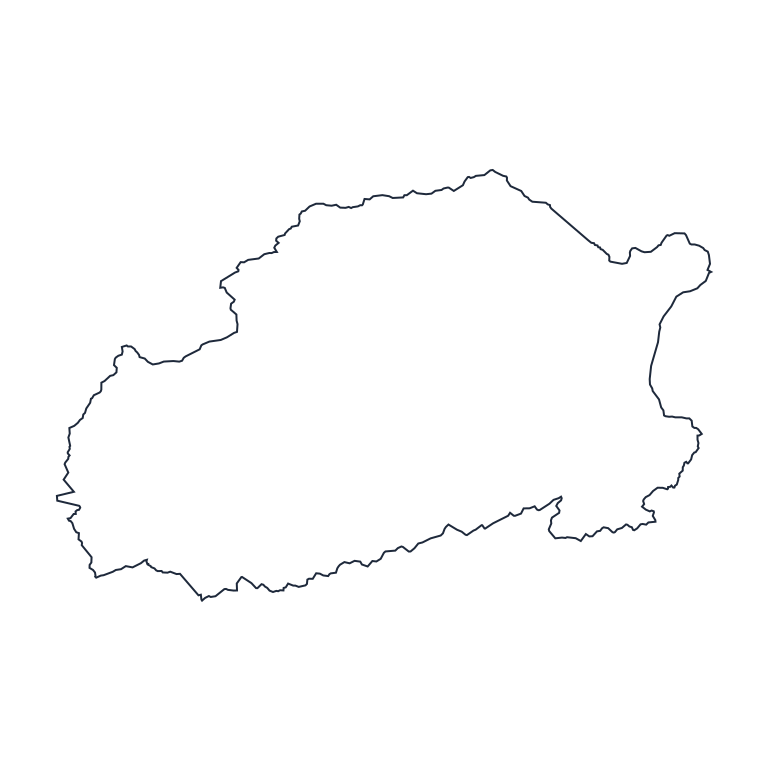 KBang, Gia Lai, Vietnam (Albers equal-area conic projection), rotated 88°
{"feature_id": "81297802B35293124334630", "entity_name": "KBang", "entity_type": "district", "adm_level": 2, "iso_a3": "VNM", "parent_name": "Vietnam", "parent_adm1": "Gia Lai", "projection": "albers", "projection_center": [108.483, 14.301], "detail": "fine", "context": "isolated", "style": "outline", "palette": "slate", "viewbox_px": 768, "rotation_deg": 88, "n_neighbors": 0, "source": "geoboundaries", "source_scale": "gbopen_adm2", "svg_char_len": 6104}
<svg xmlns="http://www.w3.org/2000/svg" viewBox="0 0 768 768"><g transform="rotate(88 384 384)"><path d="M594.1,573.4L591.5,570.2L589.8,566.4L590.8,564.6L590.2,559.8L583.4,550.7L583.3,549.0L584.3,547.1L585.2,541.4L585.2,538.1L578.2,538.1L572.0,533.3L571.9,532.6L578.4,523.4L583.5,519.0L583.6,517.6L579.8,513.4L580.4,511.6L582.3,510.0L583.7,507.8L586.5,505.6L588.0,502.2L587.0,498.8L587.4,497.0L586.5,495.1L586.8,491.7L584.3,491.4L583.8,489.3L580.1,486.8L582.3,481.8L582.4,479.6L583.8,476.3L582.5,469.5L581.1,468.0L576.8,467.4L576.0,465.8L576.2,462.0L570.8,458.4L571.3,454.7L573.2,451.4L574.0,446.5L572.1,445.1L571.4,443.8L570.9,438.6L566.6,437.1L564.7,435.8L563.1,434.3L560.6,429.8L562.0,424.6L559.7,419.6L560.7,413.9L563.6,412.4L565.8,406.7L560.5,401.8L561.1,397.8L558.6,393.4L552.7,390.0L551.4,388.4L550.9,378.5L548.5,375.9L547.0,372.3L547.5,370.8L552.3,365.1L552.3,363.3L549.2,359.3L544.6,355.3L543.7,351.1L539.9,342.8L537.4,332.6L535.3,330.3L530.9,328.5L529.0,327.1L526.7,324.5L532.2,316.1L534.3,311.5L537.5,307.8L537.9,306.4L533.6,299.7L532.8,297.5L528.5,291.4L528.6,290.7L531.9,288.6L532.0,287.9L527.0,279.8L520.0,264.5L517.1,262.5L520.2,258.9L520.3,257.6L518.3,251.6L513.2,248.8L513.3,242.8L511.5,237.7L514.8,235.5L515.5,234.1L515.4,232.8L509.4,222.8L505.7,218.6L504.2,213.4L502.8,211.0L504.3,210.4L506.5,211.1L509.1,214.5L511.9,216.1L516.5,213.0L518.9,213.5L523.4,220.8L526.1,221.9L529.3,221.7L535.0,224.4L536.8,224.0L544.2,218.2L543.7,211.5L544.2,208.0L543.5,206.4L544.8,197.8L547.8,192.8L541.0,187.5L543.5,184.1L543.4,180.9L538.7,176.3L538.3,173.1L535.8,171.1L534.9,169.5L535.9,165.0L540.1,160.8L540.5,159.5L540.1,158.4L537.4,156.0L536.2,151.3L532.8,147.0L533.2,145.6L534.9,143.8L535.8,141.3L538.5,140.2L538.9,139.0L537.1,136.0L533.2,132.5L532.9,130.4L533.7,126.9L531.6,124.6L531.1,117.5L529.5,117.6L525.2,120.0L521.7,118.7L520.6,118.9L519.8,121.0L520.6,122.8L518.7,126.7L515.6,130.4L513.1,128.2L510.0,129.1L508.5,128.5L506.2,126.4L504.3,122.5L500.3,118.8L497.2,114.2L497.5,109.0L499.1,104.6L498.5,103.8L496.9,103.7L496.7,101.5L495.5,100.3L497.6,98.6L497.6,97.4L495.8,96.7L494.7,94.9L490.2,93.3L488.2,93.2L486.8,91.8L483.9,92.0L481.0,88.5L477.6,88.3L476.0,87.2L473.2,86.5L472.3,84.7L473.9,83.5L473.9,82.8L470.1,79.7L465.8,78.5L463.3,76.3L463.0,74.9L459.0,71.8L457.3,72.6L454.0,71.8L450.7,72.6L446.5,72.5L446.4,70.7L445.0,68.2L440.2,71.6L438.8,73.5L438.7,75.4L437.2,77.3L431.4,77.8L429.0,80.1L428.9,83.1L427.7,87.6L427.5,94.0L426.6,97.2L426.7,100.2L426.0,103.9L425.2,105.2L420.1,105.7L417.1,107.8L409.0,109.7L400.4,115.7L397.8,116.1L393.8,118.2L388.4,118.3L375.2,116.4L351.8,108.7L341.3,107.1L337.2,105.9L334.0,106.5L326.2,102.2L316.5,94.2L306.9,88.8L302.8,81.8L302.0,74.9L299.3,67.5L296.1,64.4L292.2,58.8L284.3,55.3L283.4,53.2L281.3,56.7L275.3,54.0L266.4,54.8L263.0,55.8L261.3,58.9L259.3,60.2L256.8,64.2L255.4,68.6L255.3,71.9L254.4,73.5L245.7,77.0L244.0,78.4L243.4,88.2L245.8,93.7L245.1,95.3L245.5,96.4L252.5,101.7L254.7,102.6L255.0,104.8L256.7,106.3L261.2,112.7L261.4,119.0L260.4,122.0L256.8,128.0L257.1,131.3L259.6,133.2L261.2,133.7L264.6,133.6L271.5,137.2L272.2,141.9L269.6,153.5L268.5,154.6L264.8,154.3L262.6,155.2L261.8,156.8L257.5,160.8L256.8,162.8L255.1,163.3L254.8,165.1L253.0,165.8L252.4,168.4L250.6,169.2L250.1,171.9L247.5,174.9L214.5,210.7L212.8,211.8L211.0,211.9L210.2,214.1L208.5,215.9L207.0,229.4L204.7,232.5L202.8,233.6L201.0,237.0L195.9,240.1L190.7,250.6L184.9,254.1L182.1,253.9L180.9,254.5L180.1,257.7L176.0,265.4L173.9,267.9L174.2,270.3L178.7,276.4L179.2,284.9L180.4,287.0L181.1,290.2L180.0,291.8L180.2,293.1L184.4,296.4L188.1,298.2L193.5,307.5L190.0,312.4L189.9,313.6L190.7,317.7L192.1,319.7L192.7,325.9L195.4,329.9L195.8,335.3L194.5,344.4L191.8,348.3L196.1,354.6L196.0,357.0L198.2,358.3L198.4,368.8L196.5,372.3L195.2,379.0L196.0,388.2L199.0,391.9L198.4,397.0L203.8,398.9L204.6,399.7L204.5,401.5L205.6,403.9L206.2,409.1L207.0,410.7L205.8,413.1L206.6,416.2L206.2,421.6L203.2,425.5L204.0,430.1L203.3,435.5L201.7,438.3L201.5,445.7L204.0,452.2L208.1,456.8L208.7,460.1L210.8,461.3L211.7,462.6L216.0,463.0L218.4,462.5L222.6,464.3L223.6,470.7L225.4,471.8L225.9,473.4L230.1,477.6L231.6,478.1L233.1,484.6L234.8,486.5L237.0,486.8L239.3,484.4L241.9,487.8L244.0,488.9L248.3,486.5L248.3,489.5L249.2,491.6L249.1,494.2L250.1,499.1L254.2,504.8L255.2,515.4L257.5,519.6L257.2,523.0L262.8,527.2L264.9,525.4L266.3,525.7L267.4,529.0L275.5,543.3L282.1,544.3L281.8,541.5L282.4,539.8L287.1,538.0L294.5,530.3L296.5,531.2L298.4,534.0L303.0,534.8L304.4,534.5L309.4,529.1L315.5,529.1L319.1,528.3L326.8,529.1L327.7,532.1L331.9,539.4L334.3,545.6L335.5,557.0L338.1,563.8L339.0,565.2L342.9,567.0L349.5,581.3L350.8,583.2L353.7,585.0L354.5,587.8L353.7,593.6L353.9,603.3L355.6,608.2L356.4,614.4L353.6,619.2L350.2,622.2L348.6,627.3L346.4,627.8L343.9,629.5L342.3,631.1L340.4,632.0L337.7,635.4L337.5,638.8L336.5,639.8L337.8,644.7L342.4,644.1L345.5,645.0L346.5,648.5L348.3,651.2L349.7,652.1L355.7,653.2L358.5,650.5L363.0,651.0L365.7,654.2L366.3,657.4L371.3,663.2L372.8,666.4L379.8,666.7L381.4,667.3L382.6,668.5L385.1,674.4L388.0,676.2L388.5,677.4L392.5,678.3L398.1,682.4L402.4,683.8L404.0,685.6L407.5,686.3L409.3,689.1L412.1,691.3L415.0,695.0L417.0,700.0L422.6,699.8L426.4,701.3L434.9,699.8L435.7,700.5L437.9,700.3L441.2,702.5L442.4,702.4L444.4,700.7L445.7,701.9L447.8,702.2L451.4,705.3L453.0,706.0L461.5,702.6L468.4,707.5L480.9,697.7L484.4,714.8L489.2,714.6L495.1,692.9L495.8,692.3L497.0,691.9L499.1,693.2L499.3,695.0L500.6,696.7L503.1,696.6L503.1,698.7L507.1,702.0L507.5,704.7L509.6,703.6L510.1,701.9L512.2,700.3L517.9,698.8L521.4,696.7L522.4,694.1L528.6,694.7L530.9,691.8L532.4,691.3L534.5,691.7L546.9,682.3L552.2,682.7L554.5,684.5L557.5,684.7L559.7,681.3L562.3,679.4L565.6,679.0L566.4,679.4L567.5,678.4L565.6,673.7L565.3,670.9L562.2,661.6L560.5,658.5L559.9,653.3L557.0,648.4L558.5,641.7L554.6,633.2L552.1,629.9L551.4,627.1L553.0,627.6L555.6,626.8L555.6,626.0L556.3,626.2L557.9,623.5L558.9,623.0L560.3,619.8L562.3,618.2L563.1,616.6L563.1,612.8L564.6,611.7L565.0,606.9L564.1,604.2L566.7,598.0L566.6,594.5L588.7,576.8L588.2,574.4L593.1,574.0L594.1,573.4Z" fill="none" stroke="#1e293b" stroke-width="2"/></g></svg>